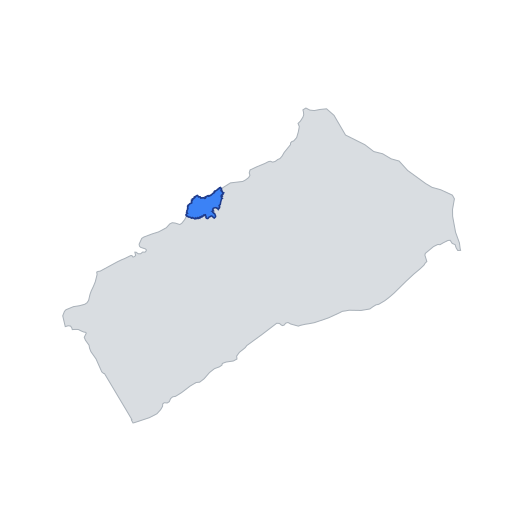 location of Nkwanta South Municipal, Volta, Ghana, rotated 240°
{"feature_id": "2480657B13680530894334", "entity_name": "Nkwanta South Municipal", "entity_type": "district", "adm_level": 2, "iso_a3": "GHA", "parent_name": "Ghana", "parent_adm1": "Volta", "projection": "equal_earth", "projection_center": [0.469, 8.25], "detail": "fine", "context": "in_parent", "style": "filled", "palette": "blue", "viewbox_px": 512, "rotation_deg": 240, "n_neighbors": 0, "source": "geoboundaries", "source_scale": "gbopen_adm2", "svg_char_len": 7834}
<svg xmlns="http://www.w3.org/2000/svg" viewBox="0 0 512 512"><g transform="rotate(240 256 256)"><path d="M300.8,58.7L303.8,62.4L304.5,64.6L303.4,72.6L301.2,78.3L299.8,83.6L300.0,86.3L301.3,88.9L305.8,93.1L308.1,95.8L310.9,99.9L314.0,103.9L319.4,109.1L321.7,110.0L321.6,111.5L320.8,113.5L320.3,133.0L319.9,138.0L319.5,140.5L319.0,147.8L318.4,148.8L317.4,148.7L316.5,149.0L316.3,150.5L316.6,152.0L319.9,153.0L319.2,154.1L316.8,155.1L315.6,157.3L316.1,159.8L314.8,161.8L315.2,163.1L316.0,164.1L317.4,163.8L321.2,160.4L322.8,160.0L324.7,160.7L328.4,165.9L328.5,168.4L327.1,176.9L325.6,183.6L325.3,192.4L326.9,197.4L326.7,200.1L325.0,202.4L321.3,205.8L321.5,208.2L323.2,212.5L326.4,217.4L332.6,223.3L335.8,231.2L335.9,234.3L334.0,237.5L331.8,240.3L331.1,244.2L332.1,270.4L327.2,281.8L327.1,285.0L327.6,288.8L328.9,291.1L331.4,291.7L333.5,293.9L332.8,301.8L331.7,310.0L331.5,313.9L330.9,315.8L329.0,317.3L328.3,319.9L328.7,323.1L328.4,325.4L329.4,328.4L331.6,332.2L335.2,341.6L336.6,342.4L337.2,344.3L336.8,346.2L338.2,350.4L342.2,354.6L346.4,358.2L349.8,358.7L350.6,361.9L352.8,366.1L354.4,367.9L357.0,369.1L359.1,369.7L359.2,373.2L355.4,375.6L352.8,379.2L350.9,384.7L348.2,390.7L338.8,393.9L335.2,393.9L316.0,394.0L298.0,405.9L287.6,410.2L281.2,416.8L272.6,421.6L266.7,427.4L254.2,430.1L233.8,439.2L227.4,442.8L221.0,449.1L210.5,456.5L206.3,456.4L198.1,449.5L192.0,446.1L176.8,440.7L165.6,438.7L160.1,436.4L158.6,436.0L159.9,433.5L163.0,433.4L166.3,434.1L168.8,432.2L172.5,432.0L173.5,430.0L173.8,425.0L173.8,421.0L175.1,419.2L175.4,414.4L173.6,403.9L172.3,402.7L165.8,401.2L165.3,399.1L164.1,396.9L162.8,391.5L161.4,383.4L159.1,373.4L154.8,356.9L153.7,351.1L152.9,345.2L152.8,338.1L153.7,335.5L153.6,331.8L153.2,328.1L156.3,319.8L162.5,309.5L163.8,305.8L164.9,303.2L165.1,299.5L166.2,287.6L169.1,273.1L171.0,267.7L172.2,264.7L173.7,259.9L174.1,257.6L179.8,252.0L182.4,250.5L183.0,248.2L182.1,245.8L182.5,244.1L183.8,243.3L185.9,242.6L187.4,240.3L185.1,222.5L183.2,204.8L183.1,203.3L182.0,200.8L180.9,193.5L179.0,189.2L176.3,188.0L176.4,183.9L179.1,177.1L179.8,173.1L178.5,171.9L178.3,168.8L179.2,163.8L178.8,160.7L178.3,157.4L175.6,149.6L174.9,144.1L176.4,140.9L176.3,133.9L174.9,123.1L174.7,116.2L175.7,113.4L175.2,110.7L173.2,108.1L173.1,105.6L174.8,103.2L174.6,101.3L172.5,99.9L170.6,96.6L168.9,91.3L169.3,82.8L172.5,67.3L172.9,66.0L176.5,66.1L176.5,66.7L187.8,66.6L200.6,66.4L216.0,66.2L229.9,66.0L230.5,65.3L232.8,64.5L246.9,66.0L255.7,65.2L259.5,65.8L262.2,66.8L268.3,66.2L271.5,66.6L274.0,70.4L275.0,70.4L276.3,68.8L278.8,66.9L281.2,65.4L283.0,62.4L284.1,60.1L285.7,60.5L288.0,60.4L289.5,58.5L290.2,55.5L300.8,58.7Z" fill="#d9dde1" stroke="#a8b0b8" stroke-width="1"/><path d="M332.9,259.5L333.1,259.5L333.1,259.1L333.3,258.7L333.1,258.6L333.3,258.4L333.1,258.1L333.0,257.9L333.1,257.6L332.8,257.3L332.9,257.2L333.0,256.8L332.9,256.7L332.8,256.4L333.0,256.0L332.9,255.7L332.7,255.6L332.7,255.3L332.6,255.1L332.6,254.7L332.6,254.2L332.6,253.6L332.5,253.3L332.4,253.0L332.9,252.9L332.9,252.5L332.8,252.3L332.7,252.4L332.5,252.2L332.4,252.0L332.3,251.7L331.9,251.8L331.8,251.7L331.6,250.9L331.7,250.6L331.7,250.3L331.8,250.1L331.8,249.7L331.7,249.4L331.6,249.6L331.4,248.4L331.1,247.5L331.2,247.1L331.2,246.9L331.3,247.0L331.5,246.9L331.4,246.1L331.6,245.4L331.4,244.8L331.5,244.7L332.2,244.7L332.2,244.4L332.3,244.3L332.2,244.1L332.4,243.7L332.3,242.9L332.2,242.6L332.4,242.5L332.4,242.3L332.5,242.1L332.5,241.8L332.2,242.0L331.9,241.7L331.4,241.2L331.4,240.4L332.0,240.0L332.3,239.8L332.4,240.0L332.6,239.9L332.7,239.6L333.0,239.3L333.1,238.9L333.0,238.6L333.4,238.1L333.6,238.0L333.6,237.6L333.5,237.4L333.6,237.1L334.0,237.1L334.9,237.1L335.3,237.2L335.6,236.7L335.7,236.2L335.7,235.9L336.0,235.7L337.4,235.8L337.7,235.7L337.8,235.5L337.9,235.3L337.9,235.1L337.9,234.9L337.9,234.4L337.8,234.0L337.9,233.6L337.9,233.2L337.8,232.8L337.9,232.5L337.7,232.3L337.9,232.0L337.8,231.9L337.5,231.8L337.3,231.9L337.4,231.5L337.2,231.4L337.1,231.5L337.0,231.3L337.0,231.2L336.9,230.9L337.0,230.8L337.0,230.7L336.9,230.6L337.0,230.4L336.9,230.3L336.9,230.1L336.9,229.9L337.0,229.8L336.9,229.7L337.0,229.6L336.9,229.5L336.9,229.3L336.7,229.2L336.4,229.0L336.5,228.9L336.8,228.8L336.7,228.7L336.2,228.6L336.3,228.4L336.2,228.3L336.3,228.1L336.1,228.1L335.9,228.0L335.8,227.6L335.5,227.7L335.3,227.6L335.2,227.3L334.6,227.0L334.4,227.1L334.2,227.0L334.3,226.7L334.2,226.6L334.3,226.5L334.2,226.2L334.3,226.1L334.3,225.8L334.3,225.6L334.2,225.3L334.3,225.1L334.4,224.9L334.2,224.5L334.2,224.4L334.1,224.1L334.1,223.8L333.9,223.6L334.0,222.9L334.0,222.7L333.9,222.5L333.7,222.2L333.2,222.3L333.0,221.9L333.2,221.6L332.8,221.3L332.4,221.3L332.1,221.1L331.9,220.9L331.4,221.0L331.2,220.6L331.2,220.4L330.7,220.3L330.5,220.0L330.2,219.7L330.2,219.3L330.0,219.0L329.9,218.9L329.7,218.7L329.4,218.7L329.2,218.6L328.8,218.2L328.8,217.9L328.6,217.7L328.3,217.9L327.9,218.0L327.5,217.5L327.3,217.4L327.2,217.5L327.2,217.4L327.3,217.2L327.2,217.0L327.1,216.8L327.0,216.2L326.8,216.0L326.6,215.9L326.4,216.0L326.3,215.9L326.2,216.0L326.3,216.2L325.8,215.8L325.2,215.9L324.8,216.4L324.8,216.6L324.5,216.7L324.3,216.6L323.8,216.9L323.6,216.9L323.4,217.1L323.4,217.3L323.2,217.4L322.8,218.0L322.6,218.3L322.0,218.6L321.9,218.8L321.2,218.9L321.0,219.8L320.8,219.9L320.7,219.8L320.6,220.1L320.8,220.4L320.5,220.5L320.3,220.7L319.9,220.8L319.9,221.0L319.5,221.3L319.3,221.6L319.0,221.6L318.8,221.5L318.6,221.7L318.7,221.8L318.8,222.1L318.8,222.4L318.9,222.5L319.0,222.7L318.7,222.7L318.6,222.8L318.6,223.1L318.0,223.3L317.9,223.4L317.9,223.7L318.2,224.0L318.0,224.3L318.2,224.5L317.8,224.6L317.6,224.7L317.6,224.9L317.8,225.1L317.8,225.3L317.6,225.2L317.3,225.2L317.4,225.8L317.2,225.9L317.1,226.0L317.3,226.3L317.0,226.4L317.2,226.6L317.3,226.8L317.8,227.0L317.9,227.3L317.7,227.5L317.6,227.4L317.4,227.4L317.2,227.4L317.2,227.6L317.1,227.8L317.2,228.1L317.0,228.3L317.0,228.6L316.8,228.7L316.9,228.9L317.2,228.9L317.5,229.0L317.3,229.3L317.2,230.0L317.4,230.5L317.2,230.8L316.9,230.6L316.8,230.9L317.1,231.4L317.5,231.5L317.2,232.0L317.3,232.5L317.1,232.8L316.7,232.5L315.1,232.5L314.5,231.9L313.9,231.9L313.4,232.0L312.8,232.5L312.6,232.9L312.5,233.2L313.1,234.5L313.1,235.1L313.0,236.3L313.1,237.1L312.9,237.5L312.7,237.8L311.8,238.0L311.5,238.2L310.7,238.3L309.7,238.8L310.1,240.4L310.7,241.0L312.2,241.2L312.9,241.4L313.4,241.1L313.8,241.2L314.2,240.7L314.7,240.8L315.4,240.4L315.6,240.5L316.2,241.1L316.3,241.1L316.3,240.9L316.6,240.6L316.6,240.9L316.8,240.9L316.9,241.1L316.7,241.1L316.8,241.4L316.7,241.6L317.0,241.5L317.5,241.9L317.8,241.8L317.9,242.0L318.0,242.0L318.3,242.1L318.4,242.7L318.7,243.0L318.4,244.4L318.0,245.3L317.7,245.5L317.5,245.9L317.2,246.1L316.8,246.0L316.6,246.2L316.6,246.3L316.1,246.4L316.0,246.6L315.5,246.6L315.2,246.6L315.4,247.0L315.5,246.9L315.7,247.1L315.7,247.3L315.8,247.4L316.0,247.3L316.0,247.5L315.9,247.6L315.9,247.9L316.0,248.1L315.9,248.3L316.0,248.4L316.1,248.5L316.4,248.9L316.6,248.9L316.6,249.0L317.1,249.3L317.5,249.3L317.6,249.2L318.1,249.2L318.3,249.6L318.3,249.8L318.4,250.0L318.4,250.3L318.4,250.8L320.3,252.3L322.9,254.9L322.7,255.3L322.7,255.5L323.1,255.3L323.3,255.5L324.1,255.6L324.3,256.1L324.4,255.9L324.7,255.6L324.8,255.8L324.9,255.6L325.0,255.7L325.2,255.8L325.3,256.2L325.5,256.2L325.8,256.2L325.9,256.4L325.8,256.6L326.0,256.7L326.0,256.8L326.0,257.0L325.9,257.0L326.0,257.1L325.9,257.2L325.7,257.4L325.7,257.5L325.9,257.7L325.8,257.9L325.9,258.1L326.2,258.2L326.2,258.4L326.4,258.4L326.7,258.9L326.7,259.3L326.8,259.6L327.2,259.3L327.3,259.3L327.4,259.1L327.6,258.7L327.8,258.7L328.0,258.7L328.7,259.1L328.8,259.1L329.1,258.8L329.4,258.9L329.6,258.8L329.8,258.4L330.1,258.4L330.2,258.7L330.4,258.8L330.4,259.0L330.6,258.9L330.8,259.3L331.2,259.5L331.3,259.3L331.5,259.4L331.5,259.7L331.9,259.7L332.2,259.5L332.7,259.6L332.9,259.5Z" fill="#3b82f6" stroke="#1e3a8a" stroke-width="1.5"/></g></svg>